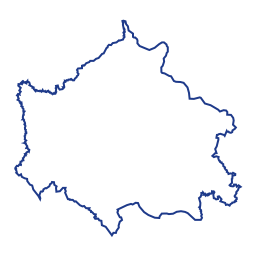 outline of Pak Chong, Nakhon Ratchasima, Thailand
{"feature_id": "78962969B19960010769064", "entity_name": "Pak Chong", "entity_type": "district", "adm_level": 2, "iso_a3": "THA", "parent_name": "Thailand", "parent_adm1": "Nakhon Ratchasima", "projection": "albers", "projection_center": [101.393, 14.643], "detail": "fine", "context": "isolated", "style": "outline", "palette": "blue", "viewbox_px": 256, "rotation_deg": 0, "n_neighbors": 0, "source": "geoboundaries", "source_scale": "gbopen_adm2", "svg_char_len": 5695}
<svg xmlns="http://www.w3.org/2000/svg" viewBox="0 0 256 256"><path d="M40.1,199.1L40.3,198.3L39.4,195.2L40.6,191.9L41.1,191.4L42.4,191.6L43.1,191.0L43.4,189.4L45.4,188.1L46.4,188.3L49.4,186.2L50.1,184.1L51.6,183.3L52.0,182.0L54.0,182.2L54.3,184.8L56.6,186.4L56.0,187.8L56.4,191.7L59.9,191.2L62.9,187.9L65.5,187.9L65.0,189.4L65.8,191.1L65.1,192.6L67.9,199.1L69.6,199.2L69.7,199.8L72.8,199.9L74.5,201.6L75.8,201.3L79.9,205.2L82.5,206.4L84.1,206.0L86.1,208.2L89.4,208.2L88.7,209.6L91.0,210.9L91.1,212.9L91.4,211.9L92.3,212.2L93.8,214.0L95.8,214.4L95.4,215.6L95.8,216.5L94.7,216.5L94.2,217.3L95.2,218.8L98.3,218.7L99.2,220.3L101.4,220.8L101.9,225.2L105.7,226.8L111.9,235.3L113.4,232.8L115.9,232.9L116.5,230.8L118.8,227.6L118.6,225.6L119.8,221.7L122.0,220.0L121.2,217.4L119.8,217.2L117.9,213.6L117.4,212.2L118.1,210.8L117.5,209.6L127.0,205.1L131.0,203.9L132.7,204.5L135.6,202.8L138.0,203.0L139.5,206.7L144.1,212.1L148.4,215.0L154.8,217.7L159.3,218.0L159.7,216.3L161.8,213.6L166.8,213.5L168.9,214.1L173.1,213.7L176.7,211.8L181.0,211.2L185.0,211.9L187.7,213.1L195.1,219.9L200.8,219.9L202.0,217.8L201.2,216.0L201.9,214.6L201.1,213.1L201.2,211.3L200.7,211.1L201.0,210.1L199.8,208.9L200.0,207.1L199.4,207.0L200.2,205.9L200.4,202.9L199.0,198.1L200.7,196.7L201.5,194.1L201.3,193.0L202.1,192.8L202.8,193.3L203.0,192.4L204.4,194.2L205.1,193.8L205.3,194.3L204.6,194.8L205.4,194.8L205.6,195.4L206.2,194.7L206.8,195.2L207.2,194.6L207.8,195.3L208.4,194.8L208.6,195.5L208.6,193.7L209.3,193.5L209.4,194.3L210.1,193.6L211.1,193.7L211.9,193.0L212.0,191.5L213.2,192.2L213.1,191.3L213.7,191.3L214.4,192.2L213.3,194.5L213.8,198.2L214.7,198.3L216.1,199.4L218.0,199.0L217.8,196.6L219.0,196.3L221.5,199.2L220.4,201.3L225.2,202.9L225.9,204.9L227.6,204.5L229.6,205.6L230.4,204.2L232.2,203.1L232.3,202.6L234.6,202.2L234.7,201.4L235.9,201.2L235.5,200.4L236.8,199.1L236.6,197.7L235.2,197.2L234.6,196.1L236.5,193.2L236.2,192.2L238.1,189.9L238.6,187.9L240.6,186.8L238.6,185.3L236.7,186.6L236.0,184.6L234.0,184.6L233.8,186.1L233.0,186.4L230.4,186.0L229.6,185.2L232.0,182.8L231.8,179.0L232.3,178.7L232.5,175.7L235.2,175.1L235.3,174.0L233.0,172.8L232.1,173.8L230.5,173.4L228.5,174.0L228.2,172.8L226.8,171.9L227.1,171.1L226.7,170.1L225.7,169.8L224.7,168.2L225.0,167.4L223.3,166.1L223.2,164.1L221.5,163.1L221.6,162.4L220.1,162.0L219.8,160.8L219.1,160.6L218.3,158.5L218.6,157.0L216.2,156.3L213.9,157.1L212.4,155.9L215.2,153.2L216.5,153.1L215.2,149.0L216.7,146.4L218.4,139.6L218.3,138.1L216.4,137.8L216.9,135.0L217.6,135.1L218.4,134.3L220.4,133.8L224.1,135.0L224.7,135.8L226.7,131.1L227.0,131.8L228.5,131.6L229.2,132.4L230.9,132.8L232.2,132.1L232.5,130.4L234.9,128.8L235.9,127.5L233.0,124.7L233.7,120.5L233.2,117.9L231.0,114.9L227.2,114.7L227.3,112.0L226.1,110.5L223.6,110.2L219.9,111.5L218.2,109.7L210.6,105.2L204.9,103.5L200.8,97.8L199.7,97.4L193.9,98.9L189.6,98.7L189.0,92.9L187.5,87.4L183.6,82.8L180.4,82.0L176.0,81.8L173.9,81.0L171.1,76.3L169.1,75.9L164.6,73.4L162.1,72.9L161.4,72.0L161.3,67.4L162.7,65.8L164.1,61.6L163.7,58.5L166.0,55.7L166.7,53.0L167.8,51.7L167.8,47.2L166.8,46.0L166.5,44.5L164.0,42.4L162.0,42.4L159.2,44.1L154.7,47.8L149.3,50.0L139.6,46.0L137.4,43.3L137.5,40.7L137.1,39.3L135.2,37.5L134.1,37.6L133.0,36.9L133.0,33.6L128.6,30.5L127.9,26.3L126.1,24.1L125.5,21.3L123.3,20.7L122.4,21.0L122.9,23.0L123.4,23.0L122.9,24.7L123.7,28.7L124.2,28.6L124.6,29.5L124.2,30.4L124.8,31.4L124.7,32.1L123.8,32.0L123.4,32.6L124.3,34.5L123.6,35.7L124.4,36.0L124.5,37.1L123.4,38.3L123.1,39.5L119.6,40.6L119.0,40.3L116.5,42.4L112.7,43.1L111.0,45.1L109.0,44.8L107.7,46.2L107.6,47.4L106.5,48.0L103.7,53.4L102.1,53.9L98.6,58.0L96.1,58.8L93.6,60.9L90.2,60.9L89.2,62.1L86.2,63.2L84.4,65.5L83.2,65.2L82.7,66.0L82.0,65.9L82.0,68.2L78.0,68.5L77.0,70.0L77.7,71.1L77.4,72.6L78.5,73.8L78.1,75.2L76.8,76.2L76.6,77.2L74.9,78.6L74.1,80.3L72.9,80.4L71.1,78.9L70.5,79.2L70.6,79.7L68.4,79.6L67.8,80.5L66.5,80.2L65.7,81.4L65.0,81.0L65.1,81.8L64.5,81.7L63.6,83.3L64.3,87.1L64.0,87.6L63.1,87.4L63.4,88.0L62.6,89.1L59.7,89.6L58.5,88.0L57.8,85.5L56.0,85.9L56.3,87.3L55.7,88.1L56.2,88.7L55.7,92.1L56.1,92.2L55.4,93.7L54.3,93.8L53.9,93.1L52.9,94.0L52.7,93.5L51.5,93.6L51.1,92.8L49.9,92.7L49.7,91.8L48.9,91.9L48.3,90.7L47.2,91.1L46.6,92.1L45.8,92.0L45.1,91.0L44.5,91.5L43.1,91.2L42.6,90.0L41.6,91.6L41.1,91.1L40.2,91.3L40.0,90.7L38.1,91.1L36.6,90.1L35.7,91.3L35.0,90.6L35.0,89.7L33.9,89.4L33.6,88.2L32.8,87.9L33.2,87.5L32.6,87.4L32.7,86.9L29.4,85.2L29.9,84.4L29.3,82.4L28.4,81.9L27.5,82.1L27.4,81.0L26.6,82.0L26.4,83.4L24.8,82.6L24.9,82.2L23.9,82.4L23.3,81.5L22.9,82.0L22.5,81.4L21.7,82.2L22.4,83.5L22.0,84.2L20.6,83.3L19.8,84.3L18.5,84.1L18.3,85.7L20.7,87.8L19.3,90.6L20.7,91.6L19.3,93.9L19.5,94.5L18.0,94.0L17.0,95.4L18.0,96.1L18.1,97.4L18.7,98.4L17.6,99.8L19.4,100.7L19.6,101.8L21.1,102.3L20.5,103.0L21.4,103.4L21.0,103.9L21.7,104.6L21.3,106.2L22.6,106.7L22.4,107.8L23.5,109.0L23.3,111.0L24.5,111.4L23.5,112.8L23.8,114.8L23.2,115.0L22.8,117.3L23.2,118.6L22.6,119.4L23.5,119.4L24.1,120.0L24.0,120.9L24.9,122.6L25.1,123.9L24.4,124.3L25.5,126.0L24.9,127.6L25.1,129.5L25.8,129.8L25.6,131.6L26.3,132.1L26.3,133.3L25.3,133.6L25.2,135.7L24.6,136.1L25.0,137.8L24.8,139.4L26.2,140.5L25.0,141.8L24.7,142.4L25.1,143.0L24.7,143.1L25.8,143.4L25.6,143.9L27.2,146.1L26.4,147.9L27.5,147.7L27.8,148.8L29.3,149.8L28.9,151.7L28.5,151.3L26.6,152.4L26.1,153.1L26.3,153.8L25.0,154.0L25.7,155.4L24.8,155.5L23.7,157.7L22.9,158.2L23.4,160.3L22.1,160.5L21.6,161.6L20.5,161.7L20.3,163.3L21.0,164.4L20.9,165.0L19.3,164.6L18.1,166.1L16.9,165.8L15.5,167.6L16.1,168.7L15.4,169.0L16.5,171.0L16.8,172.4L16.3,172.8L19.0,175.5L21.0,174.3L21.8,176.8L24.7,178.3L27.1,178.9L27.3,181.1L29.9,184.6L32.2,185.5L33.3,189.5L38.4,196.0L40.1,199.1Z" fill="none" stroke="#1e3a8a" stroke-width="2"/></svg>